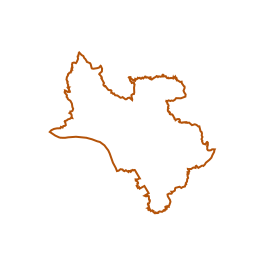 Mueang Mukdahan, Mukdahan, Thailand, rotated 150°
{"feature_id": "78962969B66704164084877", "entity_name": "Mueang Mukdahan", "entity_type": "district", "adm_level": 2, "iso_a3": "THA", "parent_name": "Thailand", "parent_adm1": "Mukdahan", "projection": "mercator", "projection_center": [104.628, 16.533], "detail": "fine", "context": "isolated", "style": "outline", "palette": "amber", "viewbox_px": 256, "rotation_deg": 150, "n_neighbors": 0, "source": "geoboundaries", "source_scale": "gbopen_adm2", "svg_char_len": 5771}
<svg xmlns="http://www.w3.org/2000/svg" viewBox="0 0 256 256"><g transform="rotate(150 128 128)"><path d="M197.7,163.7L194.8,157.8L192.5,154.5L191.3,153.3L187.5,151.0L184.4,149.8L177.4,146.4L169.0,140.4L164.8,136.2L161.3,131.9L159.3,129.9L157.1,124.8L156.3,118.5L156.6,115.1L158.4,105.5L158.6,99.4L159.1,96.2L157.4,95.7L155.2,96.1L153.5,94.8L153.3,93.3L152.7,92.4L151.0,92.5L149.6,89.7L148.8,90.4L147.9,89.8L147.6,88.7L147.0,88.8L146.3,89.6L145.5,89.2L145.1,89.4L144.5,88.6L143.8,88.7L143.1,88.2L143.0,78.4L144.0,78.8L145.0,78.6L145.9,78.9L147.1,79.7L147.6,78.5L146.9,77.5L146.6,75.8L146.9,75.1L147.8,75.0L148.3,73.4L149.4,73.5L149.4,71.1L148.0,71.2L148.2,69.7L142.8,69.6L142.7,61.2L147.6,61.1L146.6,59.8L144.7,59.2L144.1,58.5L145.5,55.7L145.6,55.2L145.2,54.7L145.6,53.8L147.5,52.2L148.5,52.6L148.9,52.1L149.1,51.6L148.9,51.3L148.9,49.9L149.4,49.6L149.5,48.7L149.8,49.1L150.3,48.9L150.3,48.5L150.9,48.6L150.6,48.2L150.9,48.2L150.8,47.1L151.2,46.9L151.1,46.7L150.6,46.9L150.3,46.3L149.7,45.9L149.8,45.1L149.4,44.9L149.5,44.6L148.1,44.5L147.8,43.9L148.0,43.4L147.5,43.2L147.9,42.1L147.4,41.1L147.2,41.3L146.7,41.2L146.9,40.9L146.2,40.7L146.1,40.2L144.6,39.4L144.1,39.4L143.8,40.0L142.5,40.0L140.4,38.4L139.1,38.5L138.3,39.0L137.8,38.9L137.5,38.2L136.9,38.6L136.4,38.4L135.8,39.2L135.5,39.0L135.5,39.3L135.0,39.3L135.3,40.4L135.0,41.1L134.2,41.0L133.8,40.2L133.6,40.5L133.2,40.2L133.0,40.4L132.8,39.9L133.1,39.8L132.7,39.7L133.0,39.5L132.5,39.7L132.1,39.4L131.8,40.1L130.8,40.5L128.1,42.9L127.6,44.8L127.7,48.8L127.0,50.7L124.9,50.6L123.8,49.6L123.1,49.4L122.0,50.0L122.1,51.0L120.9,50.3L118.7,50.4L117.3,52.2L116.7,52.4L112.7,51.3L111.8,49.4L110.2,49.5L107.9,48.9L107.0,49.9L105.7,50.2L105.6,51.3L103.7,52.1L102.2,54.2L100.9,54.7L100.4,56.8L99.8,57.4L99.7,58.2L98.5,58.0L98.2,58.3L98.6,59.6L98.5,60.0L97.1,59.5L96.7,59.7L96.1,61.4L96.8,62.1L96.6,62.6L95.7,61.8L94.9,61.6L93.9,60.9L91.5,61.1L90.6,60.8L89.5,59.7L88.4,61.1L87.7,61.1L87.0,58.3L82.9,58.4L81.7,57.8L81.6,57.5L79.9,57.9L77.9,59.0L73.5,59.7L70.6,60.6L68.6,62.2L65.4,64.2L64.3,65.6L63.6,66.1L65.3,67.2L66.2,67.5L67.4,67.3L69.2,68.1L69.9,68.8L70.0,70.0L68.7,72.1L68.7,72.6L68.1,73.1L67.7,73.0L66.8,74.2L67.0,74.8L66.2,75.4L66.4,76.3L66.8,76.4L69.1,75.1L70.7,76.7L70.8,77.5L70.5,79.5L70.0,79.8L69.9,81.6L68.0,83.0L68.0,84.5L66.6,86.4L66.3,87.7L66.7,88.5L66.7,89.3L65.4,93.7L66.3,94.1L67.1,96.4L68.3,97.8L71.2,98.5L72.4,102.1L73.9,102.7L74.1,103.3L74.8,103.4L74.8,103.9L75.4,103.9L75.7,104.6L76.8,104.7L77.4,105.4L78.7,105.5L79.6,106.5L79.7,107.2L80.1,107.0L80.5,107.2L80.7,107.9L79.8,108.2L79.1,109.0L79.3,110.2L81.0,111.1L82.9,111.0L82.7,111.7L83.2,112.8L82.8,113.5L82.9,115.2L82.7,116.3L83.0,116.7L82.9,117.4L83.2,118.0L84.4,118.5L84.8,119.1L84.4,119.9L84.5,120.3L84.0,120.4L84.0,121.0L84.2,121.7L84.8,122.0L84.9,122.9L84.1,124.4L83.1,124.8L83.3,125.3L82.9,126.2L82.0,126.7L81.6,127.3L81.5,128.5L81.8,129.3L81.2,130.6L81.6,131.8L81.2,132.3L80.4,131.6L79.0,131.6L77.8,130.2L76.7,130.1L75.4,129.0L73.4,129.0L71.4,129.8L67.4,127.3L62.6,126.5L61.3,128.3L61.5,130.5L61.3,132.5L58.9,134.4L58.3,135.7L58.7,136.3L59.0,139.8L58.4,141.3L59.8,141.8L61.1,144.3L61.9,144.8L61.6,145.5L61.8,146.0L61.3,146.0L61.0,147.2L61.5,147.8L61.4,148.7L61.9,148.4L61.9,148.9L62.5,148.9L62.7,148.5L63.6,148.3L63.5,149.1L63.9,148.7L64.6,148.8L65.7,149.9L66.4,150.0L68.0,150.8L68.1,151.5L69.1,151.6L69.5,153.0L69.4,154.0L71.5,154.9L70.8,156.1L71.1,156.7L71.8,156.6L72.6,155.6L74.3,156.2L75.4,157.3L76.6,157.1L77.0,158.5L77.3,158.7L78.4,158.3L80.1,158.5L81.2,158.2L82.0,158.4L83.2,158.1L83.8,158.8L83.1,160.7L83.6,160.9L84.6,160.0L85.5,162.0L87.1,162.5L87.0,163.6L87.4,164.0L90.0,163.3L90.5,164.5L92.0,164.1L92.5,164.5L92.7,165.6L93.7,165.7L94.4,166.6L95.2,166.0L96.4,165.9L97.1,166.9L98.1,165.6L98.6,166.6L99.7,166.7L100.7,170.0L101.6,170.3L101.4,170.7L100.7,170.6L100.5,170.9L101.6,171.5L102.0,171.4L101.8,170.3L102.4,168.0L102.3,166.8L101.9,166.0L102.2,165.1L100.1,164.5L100.7,163.2L100.5,162.5L102.6,159.9L104.9,155.5L105.9,154.5L106.5,154.9L108.5,154.8L109.1,153.9L110.0,150.7L110.4,150.2L111.6,153.6L113.2,154.1L114.8,153.7L115.9,154.2L117.2,157.4L117.6,157.3L119.4,158.0L120.9,161.4L122.8,162.8L122.9,164.9L123.8,165.0L124.2,166.4L124.9,166.9L123.7,168.6L123.8,169.1L124.1,169.5L125.4,170.2L126.0,170.9L126.6,175.3L127.0,175.5L126.8,175.9L127.6,176.4L127.8,177.4L127.4,178.2L126.3,178.9L126.2,184.4L125.6,184.4L125.3,185.7L126.0,189.0L125.4,189.4L122.4,190.0L120.8,192.3L120.5,195.4L120.6,195.6L122.7,194.8L124.4,195.1L128.3,196.6L129.4,197.5L129.5,198.1L128.5,201.6L128.4,203.0L130.6,205.9L130.4,206.6L130.5,209.2L130.9,210.2L130.7,212.7L131.7,214.4L132.5,217.8L133.2,217.5L133.5,216.8L134.6,216.0L134.9,215.3L135.8,215.2L136.7,212.8L139.4,210.8L140.7,210.2L142.0,211.7L143.6,212.1L144.9,210.8L145.3,209.4L145.8,209.1L145.9,208.2L146.3,208.2L146.5,207.7L147.0,207.8L147.1,207.4L147.3,207.5L148.1,206.5L147.9,206.2L148.2,206.2L148.8,205.4L149.1,205.6L149.9,204.7L151.1,205.2L152.5,204.5L153.1,204.6L153.8,203.5L155.5,202.6L157.1,200.6L157.0,199.4L157.5,198.5L157.2,198.0L158.1,197.2L158.2,195.4L158.6,195.0L158.9,193.6L159.4,193.5L159.1,193.2L159.6,192.9L159.7,192.5L159.4,192.4L159.7,192.3L159.4,191.8L160.1,190.6L159.9,189.8L160.2,188.4L160.8,188.5L161.3,189.3L162.1,189.2L162.8,190.6L163.5,190.7L163.5,191.7L163.8,192.0L164.2,190.9L164.8,190.9L165.1,190.3L164.5,186.9L165.6,185.7L165.3,184.6L165.6,183.5L165.3,182.3L164.3,180.4L164.4,177.2L165.7,173.9L165.9,172.0L167.4,170.7L168.6,170.6L169.7,171.1L170.1,170.4L171.2,170.2L170.2,168.4L170.4,167.2L171.1,166.2L171.3,164.5L172.3,165.3L173.4,165.0L175.8,165.5L177.4,165.2L179.2,165.6L179.6,165.3L179.6,164.0L180.4,161.6L181.5,161.4L183.1,162.0L184.4,161.1L185.5,162.5L186.7,161.6L189.9,163.3L192.6,164.2L195.5,164.4L197.7,163.7Z" fill="none" stroke="#b45309" stroke-width="2"/></g></svg>